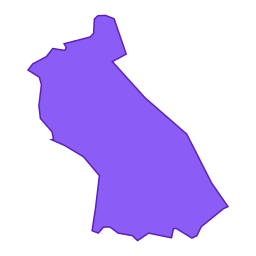 the border of Rhondda, Cynon, Taff
{"feature_id": "GBR-2115", "entity_name": "Rhondda, Cynon, Taff", "entity_type": "Unitary Authority (wales)", "adm_level": 1, "iso_a3": "GBR", "parent_name": "United Kingdom", "parent_adm1": "", "projection": "equal_earth", "projection_center": [-3.436, 51.659], "detail": "fine", "context": "isolated", "style": "filled", "palette": "violet", "viewbox_px": 256, "rotation_deg": 0, "n_neighbors": 0, "source": "natural_earth", "source_scale": "10m", "svg_char_len": 666}
<svg xmlns="http://www.w3.org/2000/svg" viewBox="0 0 256 256"><path d="M187.2,135.0L211.7,183.2L228.0,206.6L223.7,208.5L201.3,226.6L196.8,235.8L193.0,237.6L191.9,238.1L176.0,228.3L173.4,228.9L171.5,237.8L148.6,233.1L137.6,240.6L132.3,235.6L118.1,233.1L110.0,227.0L103.5,227.1L98.3,233.1L92.1,230.7L95.5,208.3L99.4,175.6L83.5,156.8L64.7,145.5L51.5,139.7L53.5,139.2L52.0,131.7L40.4,118.4L38.9,105.8L41.4,84.6L39.3,77.2L28.0,70.1L32.7,63.9L46.4,56.6L52.8,48.5L64.7,50.4L66.4,47.8L64.1,43.7L90.2,37.0L93.6,33.2L94.4,19.0L98.0,15.7L105.5,15.4L114.1,18.8L126.2,54.1L112.3,61.6L145.1,97.9L186.8,134.2L187.2,135.0Z" fill="#8b5cf6" stroke="#5b21b6" stroke-width="1.5"/></svg>